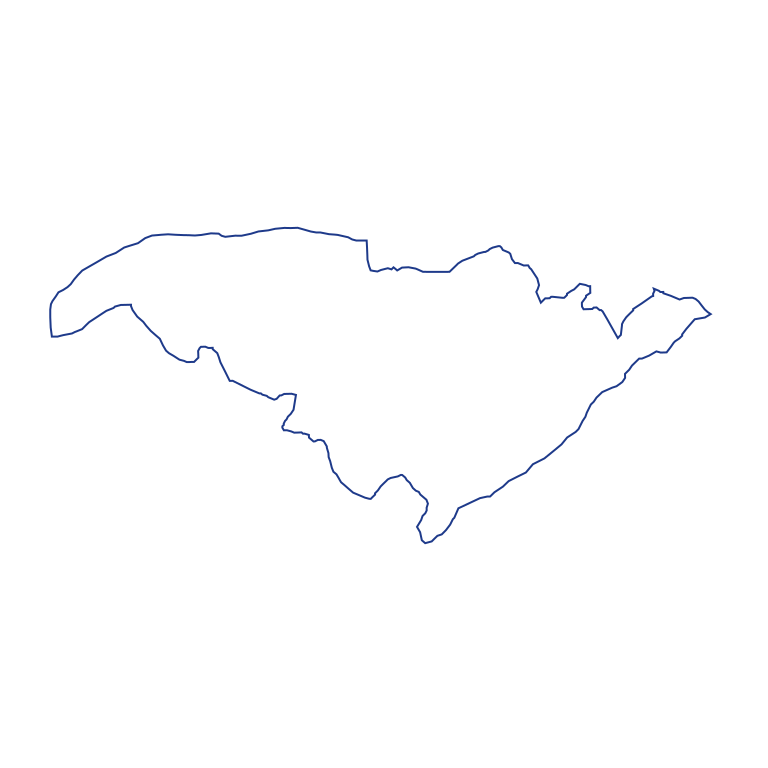 Al-Minshat, Suhaj, Egypt, rotated 267°
{"feature_id": "37247803B33567976679520", "entity_name": "Al-Minshat", "entity_type": "district", "adm_level": 2, "iso_a3": "EGY", "parent_name": "Egypt", "parent_adm1": "Suhaj", "projection": "natural_earth1", "projection_center": [31.766, 26.464], "detail": "fine", "context": "isolated", "style": "outline", "palette": "blue", "viewbox_px": 768, "rotation_deg": 267, "n_neighbors": 0, "source": "geoboundaries", "source_scale": "gbopen_adm2", "svg_char_len": 4786}
<svg xmlns="http://www.w3.org/2000/svg" viewBox="0 0 768 768"><g transform="rotate(267 384 384)"><path d="M528.2,374.2L528.7,363.9L530.0,359.8L532.4,355.9L535.3,345.6L535.7,343.1L536.5,336.9L538.7,328.2L538.9,324.1L540.1,318.9L542.4,312.2L544.5,306.0L544.6,299.1L545.0,293.7L545.1,293.2L544.7,283.5L543.5,276.5L542.9,266.6L541.0,258.9L539.5,249.4L539.9,243.2L539.3,233.2L540.5,229.6L542.8,226.8L543.5,219.1L542.4,209.3L542.2,202.9L542.8,197.0L543.2,191.3L543.9,183.9L544.8,176.2L544.7,169.0L544.6,167.0L544.4,160.1L542.2,153.2L537.5,145.7L535.3,137.0L533.9,131.7L528.9,123.0L525.8,113.5L520.9,104.0L513.1,88.6L508.7,83.9L504.5,79.9L500.1,76.4L497.3,73.0L494.7,68.5L492.6,63.7L488.6,60.8L484.2,57.3L481.2,55.6L475.8,54.6L468.0,54.2L457.8,54.1L448.9,54.8L448.7,54.8L448.4,60.4L449.0,63.2L449.6,66.3L450.8,75.1L452.1,78.0L452.5,79.3L454.6,85.4L458.6,89.8L461.2,92.8L466.4,101.7L469.0,106.1L471.6,110.6L474.1,117.9L475.4,119.4L476.7,125.3L476.4,135.5L475.1,135.4L471.0,136.8L464.2,141.1L458.7,146.8L457.4,147.7L454.6,149.6L449.2,153.9L445.0,158.2L440.9,162.5L434.1,165.3L428.7,168.1L426.0,170.9L423.2,175.2L419.0,181.0L417.6,185.4L416.2,188.2L416.1,190.8L416.1,192.6L416.0,195.5L418.7,198.5L420.0,200.0L424.0,200.1L425.2,200.1L426.7,200.1L429.4,201.7L430.7,203.1L430.6,207.5L429.2,210.4L429.1,211.8L429.1,214.8L427.7,214.8L423.6,219.1L419.6,220.4L414.2,221.8L404.7,226.0L395.2,230.1L395.1,233.1L385.3,250.4L381.1,259.1L381.1,260.5L379.7,262.0L378.3,266.3L376.9,267.7L374.1,273.5L374.8,276.0L375.4,276.6L378.0,279.2L378.0,280.9L379.3,283.8L379.2,286.8L379.1,291.1L377.7,295.5L363.0,292.3L359.0,289.3L356.4,286.3L353.7,284.8L352.4,283.3L349.7,281.8L348.4,281.8L347.1,280.3L345.7,280.2L343.0,281.6L342.9,284.6L341.5,288.9L340.1,291.8L340.0,296.2L340.0,299.1L338.6,300.5L338.6,302.0L337.1,306.3L334.4,306.3L330.3,310.6L330.3,312.0L331.6,315.0L331.5,317.9L330.1,320.8L327.4,322.2L324.7,323.6L323.3,323.6L317.9,324.9L313.9,324.9L309.8,326.2L303.1,327.5L299.0,328.9L296.3,331.8L292.1,334.0L290.8,334.6L288.1,336.0L285.4,338.9L281.2,343.2L277.1,347.5L274.3,353.3L271.5,359.0L270.6,361.8L270.1,363.4L270.0,364.8L271.4,366.3L274.0,369.3L275.3,369.3L278.0,372.3L281.9,375.3L284.6,378.3L287.2,381.3L288.5,382.7L289.8,385.7L291.0,393.0L292.3,396.0L292.2,397.4L289.5,400.3L286.8,401.7L284.0,404.6L278.6,407.4L275.8,410.2L274.4,413.1L271.7,414.5L267.6,418.8L266.2,420.3L262.2,421.6L258.2,420.1L255.5,420.0L252.8,418.5L250.2,415.6L246.2,414.0L239.6,409.5L234.1,412.3L226.0,413.6L222.9,416.8L224.3,423.4L227.0,426.4L229.6,429.4L230.8,433.8L234.8,438.2L240.1,442.7L245.4,445.7L246.7,447.2L256.0,451.8L262.1,466.8L265.0,473.9L266.2,481.2L266.1,484.1L270.1,488.6L275.3,497.4L280.5,503.4L284.4,512.2L288.2,521.1L296.1,528.5L297.1,530.8L301.3,540.3L307.8,549.2L314.4,558.1L321.0,564.1L326.1,572.9L328.8,575.9L336.7,580.4L340.7,583.4L344.7,585.0L352.7,589.5L355.3,592.5L359.3,595.5L364.5,601.5L368.4,611.7L369.6,616.1L373.5,622.1L377.5,625.1L381.5,625.2L385.4,629.6L389.4,632.6L396.0,640.1L395.9,643.0L398.5,650.3L402.3,657.7L401.7,659.6L400.9,662.0L400.8,666.4L400.8,667.9L406.1,672.4L410.0,675.4L411.4,676.9L414.0,681.3L416.6,684.3L417.9,684.3L423.2,688.8L432.4,697.7L433.6,708.0L436.7,713.9L438.9,711.0L441.7,708.2L445.8,705.3L449.9,702.5L451.2,701.1L452.6,699.6L454.0,696.7L454.1,693.8L454.1,692.4L454.2,688.0L452.9,683.6L457.1,674.9L460.0,667.7L461.3,667.7L461.4,664.8L462.7,663.4L465.1,658.4L462.8,659.0L460.2,657.5L458.8,657.4L457.8,657.4L457.5,656.0L451.0,645.6L445.8,636.7L444.5,636.7L441.9,633.7L439.3,630.8L437.9,629.3L434.0,626.3L431.3,624.8L430.0,624.7L420.6,623.1L419.3,621.6L417.6,619.9L437.0,610.3L439.7,608.9L445.1,606.1L446.5,604.6L446.5,603.2L449.3,600.3L449.3,598.9L449.3,597.4L448.0,595.9L448.2,587.2L450.9,585.8L453.6,585.8L454.9,585.9L460.2,590.3L461.6,590.4L464.2,594.8L465.5,594.8L470.9,595.0L470.9,593.5L472.3,590.6L473.8,584.8L472.5,583.3L469.8,580.3L468.5,578.8L467.2,575.9L464.6,571.5L463.3,571.4L462.0,570.0L460.7,568.5L460.7,567.0L462.3,556.8L462.3,555.4L461.0,553.9L461.0,551.0L461.1,549.5L459.8,548.0L457.0,544.9L468.0,540.9L470.6,542.4L474.6,544.0L481.3,542.6L490.9,537.0L492.2,535.6L494.9,534.2L495.0,531.3L495.0,529.8L497.8,524.0L497.9,521.1L502.0,518.3L507.4,516.9L508.8,515.5L510.2,512.6L511.6,509.7L514.3,508.3L515.6,506.9L515.7,505.4L514.5,499.6L513.2,496.6L511.9,495.1L510.6,492.2L510.6,490.7L509.4,484.9L508.1,481.9L506.8,480.4L503.0,468.7L500.4,464.2L499.1,462.8L492.6,455.3L492.9,448.1L493.7,433.5L493.9,430.6L494.0,428.8L496.9,423.1L497.6,421.6L499.3,414.6L499.3,411.7L499.3,410.2L499.3,408.1L497.4,404.5L496.7,403.1L498.0,401.8L499.4,400.3L500.0,399.6L498.1,397.5L499.4,393.9L498.9,391.3L498.0,386.9L497.0,384.2L496.7,383.3L497.5,379.3L498.2,376.6L502.3,375.3L509.0,374.0L513.0,374.1L521.1,374.2L528.2,374.2Z" fill="none" stroke="#1e3a8a" stroke-width="2"/></g></svg>